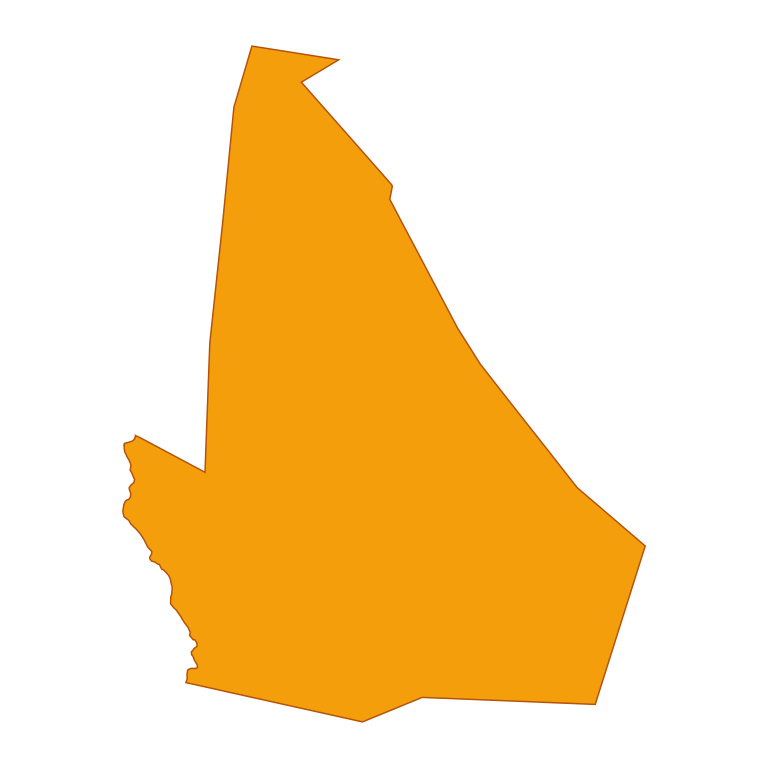 outline of San Pedro Mártir Quiechapa, Oaxaca, Mexico
{"feature_id": "50627088B60700180885105", "entity_name": "San Pedro Mártir Quiechapa", "entity_type": "district", "adm_level": 2, "iso_a3": "MEX", "parent_name": "Mexico", "parent_adm1": "Oaxaca", "projection": "orthographic", "projection_center": [-96.291, 16.46], "detail": "fine", "context": "isolated", "style": "filled", "palette": "amber", "viewbox_px": 768, "rotation_deg": 0, "n_neighbors": 0, "source": "geoboundaries", "source_scale": "gbopen_adm2", "svg_char_len": 1724}
<svg xmlns="http://www.w3.org/2000/svg" viewBox="0 0 768 768"><path d="M185.8,682.6L362.4,721.9L422.1,697.4L595.2,704.4L645.2,546.0L609.2,515.1L577.2,487.7L548.3,450.8L508.2,399.9L497.2,385.8L480.2,364.0L457.5,328.0L414.6,246.4L403.8,226.1L389.8,199.3L392.3,186.3L391.6,184.7L375.7,166.6L301.3,82.2L338.6,59.8L251.9,46.1L248.0,59.4L234.0,106.9L233.9,107.2L233.9,107.4L222.8,221.5L209.8,343.2L205.0,472.3L141.3,438.3L135.4,435.5L135.4,436.5L134.5,439.2L132.7,440.9L128.9,442.2L124.4,443.4L124.0,445.1L124.3,445.0L124.3,446.0L124.2,448.6L124.9,452.3L126.2,454.8L127.2,457.1L128.7,459.4L129.6,461.6L130.3,463.1L131.0,465.8L130.1,470.0L131.6,472.6L132.6,474.9L133.6,477.4L134.6,479.2L133.9,482.5L130.6,485.5L129.2,487.6L129.3,489.3L130.7,493.2L130.6,495.5L130.4,497.1L128.7,499.5L127.1,499.9L125.3,501.3L123.9,504.6L122.8,511.0L123.9,516.6L127.5,519.4L129.0,520.6L130.6,523.7L134.0,527.1L136.4,529.3L140.5,534.1L144.0,539.6L145.0,541.5L146.1,543.7L147.5,546.6L148.5,548.0L150.7,550.2L151.7,551.5L151.7,553.7L149.7,557.3L149.9,558.9L151.7,561.2L154.8,562.0L157.7,564.0L159.4,564.6L161.7,569.1L163.4,569.8L166.5,572.9L168.7,575.5L170.4,579.1L171.2,583.7L172.0,586.1L172.2,588.9L171.8,592.5L171.6,594.6L170.8,596.8L170.7,600.4L170.5,602.8L170.9,604.3L174.1,608.1L176.2,609.9L177.3,611.6L180.7,616.4L181.5,617.9L182.2,619.2L182.7,619.9L185.0,623.4L187.2,626.3L188.3,627.9L190.3,632.6L189.6,635.6L191.5,637.7L193.2,639.8L194.7,639.7L196.5,642.4L197.1,644.6L196.9,646.4L194.0,648.6L192.9,650.3L191.3,651.9L191.7,654.8L192.9,656.2L194.3,659.9L195.6,662.2L197.1,664.6L197.5,667.5L196.1,668.4L194.0,668.5L191.7,668.3L188.8,669.2L187.6,670.3L187.0,674.3L187.2,679.1L185.8,682.6Z" fill="#f59e0b" stroke="#b45309" stroke-width="1.5"/></svg>